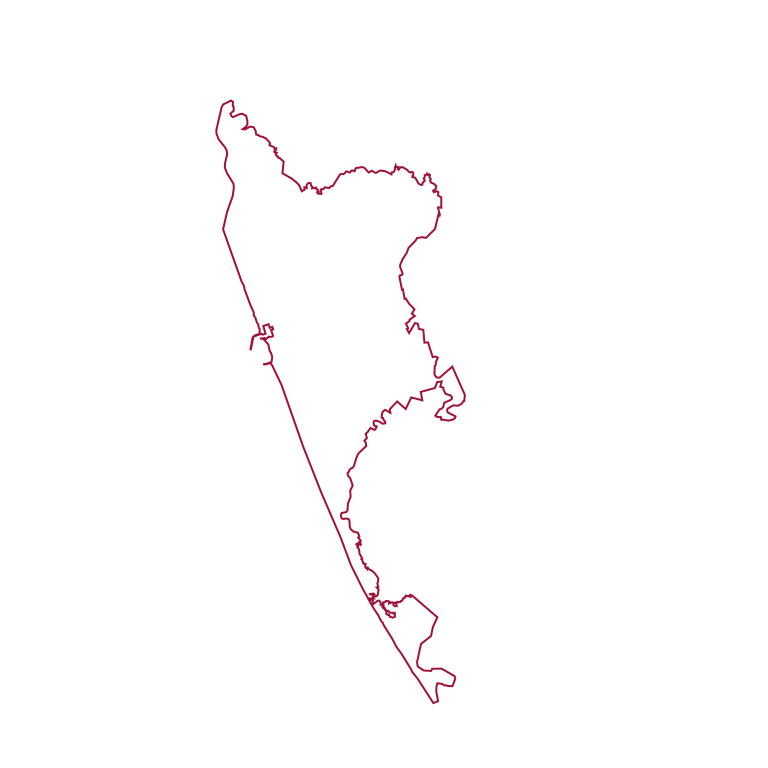 outline of Paraíso, Tabasco, Mexico, rotated 251°
{"feature_id": "50627088B65754879428970", "entity_name": "Paraíso", "entity_type": "district", "adm_level": 2, "iso_a3": "MEX", "parent_name": "Mexico", "parent_adm1": "Tabasco", "projection": "mercator", "projection_center": [-93.279, 18.362], "detail": "fine", "context": "isolated", "style": "outline", "palette": "rose", "viewbox_px": 768, "rotation_deg": 251, "n_neighbors": 0, "source": "geoboundaries", "source_scale": "gbopen_adm2", "svg_char_len": 6138}
<svg xmlns="http://www.w3.org/2000/svg" viewBox="0 0 768 768"><g transform="rotate(251 384 384)"><path d="M582.6,282.2L527.6,282.7L522.7,283.5L518.8,283.0L502.2,283.4L493.5,284.2L492.5,283.4L490.3,283.4L488.8,284.0L483.3,283.8L481.5,284.5L477.8,283.9L476.6,284.4L472.7,283.0L471.9,281.9L472.0,277.5L470.7,274.9L460.4,269.1L460.1,269.4L470.7,275.6L471.3,276.5L471.4,284.6L470.1,285.4L470.1,288.4L478.1,288.7L478.1,294.3L474.3,294.2L474.4,297.0L471.7,297.0L471.8,294.8L465.5,294.8L465.2,294.3L465.5,291.6L466.3,290.4L464.9,287.3L466.3,286.1L467.3,281.4L466.6,283.6L465.1,285.0L459.1,287.5L452.2,286.7L450.3,287.3L445.8,287.1L441.4,284.8L441.4,278.2L442.0,277.3L441.6,277.0L441.0,278.6L441.0,283.2L438.2,284.3L416.6,286.8L351.0,287.2L300.7,289.4L253.4,293.0L223.5,293.8L197.4,297.2L175.8,301.0L167.7,303.2L160.4,304.2L158.4,305.2L156.7,305.1L140.1,308.9L131.7,310.1L122.9,312.8L104.7,316.9L102.9,316.8L94.7,319.8L66.2,326.8L66.6,331.9L76.2,333.3L80.7,335.0L83.7,337.1L81.4,341.5L79.1,343.2L79.0,344.5L77.8,345.9L76.0,350.3L82.0,355.4L84.8,355.6L96.1,345.8L99.1,336.8L97.4,335.2L100.1,328.4L106.0,323.9L110.3,324.7L126.2,334.4L130.4,346.4L138.0,350.9L146.1,358.5L174.9,341.7L174.8,340.7L176.1,340.2L175.8,339.0L174.4,339.4L176.8,335.8L176.3,335.2L175.9,335.6L175.9,334.2L174.8,333.5L175.1,332.1L173.4,331.0L173.4,329.5L172.6,329.0L173.1,327.0L172.7,326.4L173.6,325.4L173.7,323.4L173.2,323.2L172.4,324.1L169.8,323.7L170.3,322.2L171.6,321.0L172.9,321.1L173.6,322.0L174.6,321.3L175.1,319.8L174.7,319.0L176.0,318.5L175.2,317.3L176.9,317.7L177.7,316.7L178.2,314.9L177.2,314.0L177.8,312.1L176.6,311.3L175.0,311.7L174.0,311.1L169.5,312.2L167.3,314.7L166.1,314.6L164.8,318.0L163.9,318.1L164.0,319.7L160.3,318.5L160.3,315.9L161.6,314.8L161.8,313.9L164.0,313.7L164.1,312.8L165.9,311.3L167.6,312.2L172.4,310.9L172.0,310.6L173.4,309.8L174.8,310.4L176.2,310.1L176.4,308.9L177.8,309.6L180.6,309.1L181.2,307.6L179.3,302.0L181.0,302.1L183.7,303.3L184.2,301.0L185.8,301.0L184.5,304.5L185.8,304.0L188.5,304.9L190.1,301.4L189.3,305.9L187.9,306.6L186.1,305.0L185.8,308.1L186.7,309.5L191.5,312.0L194.0,310.9L193.8,312.4L197.7,312.8L198.9,314.0L202.2,315.3L207.4,313.9L211.3,311.9L213.7,309.5L215.1,309.1L214.3,308.0L216.1,308.0L216.1,306.9L217.9,306.8L219.7,308.0L221.0,306.0L221.6,306.5L223.6,305.9L225.8,306.5L226.0,305.7L227.4,306.5L231.4,305.6L236.0,306.6L238.1,305.7L238.5,306.3L241.6,305.6L242.3,305.8L239.8,306.3L239.6,306.9L240.9,307.0L240.4,307.5L240.8,308.1L241.8,307.5L242.5,308.9L239.5,309.3L239.7,309.9L241.9,310.0L243.5,311.0L247.3,309.5L247.8,311.1L251.9,310.9L254.4,307.1L257.5,305.3L260.1,305.1L265.7,306.8L267.7,306.6L269.1,304.5L269.7,301.3L271.1,300.2L273.8,300.4L275.8,302.0L275.2,306.6L276.5,308.4L282.8,311.0L288.2,315.7L294.3,317.4L298.1,321.3L305.9,321.4L309.3,320.0L311.9,320.7L312.3,322.0L314.5,324.0L315.2,327.4L316.4,329.0L322.6,333.4L326.5,336.9L331.2,347.1L334.7,347.6L336.9,347.0L338.3,350.1L343.0,350.6L343.7,352.6L346.8,356.9L343.6,360.1L345.2,362.5L346.3,363.3L347.5,361.4L350.2,361.3L352.1,362.3L352.1,364.3L349.6,367.7L346.9,369.8L346.4,372.3L347.8,372.9L350.3,371.9L352.1,372.0L353.0,370.8L356.8,372.5L358.6,374.5L359.2,376.7L354.7,380.6L358.2,381.2L363.2,390.7L353.3,396.4L362.4,405.4L356.1,414.9L364.6,416.2L363.6,430.8L368.5,434.9L367.6,439.4L363.1,436.3L361.2,438.9L358.9,438.4L354.6,439.1L351.3,443.4L349.8,443.9L348.0,443.5L347.2,441.7L346.7,434.9L343.1,432.6L341.9,430.5L341.9,428.2L337.3,422.2L335.2,423.9L334.5,426.8L333.2,427.0L332.2,426.3L331.4,426.7L331.0,428.4L328.3,433.1L328.0,438.2L328.9,440.3L330.1,441.1L336.1,435.2L338.3,434.9L340.0,436.1L341.3,442.4L339.5,446.5L339.5,448.1L340.1,451.2L341.9,453.4L341.8,454.4L347.4,456.9L378.2,454.2L371.9,438.7L373.1,435.8L375.7,435.0L376.9,434.9L384.4,437.8L385.3,439.2L387.7,440.1L391.5,443.5L393.2,441.6L393.6,438.8L409.0,439.2L409.9,435.7L422.4,438.8L424.8,434.9L429.9,435.6L431.5,433.1L424.0,424.3L428.6,423.5L428.8,425.0L434.0,424.4L435.2,428.6L436.4,429.0L438.3,435.3L441.4,433.2L444.6,437.1L451.9,433.8L457.6,432.5L457.8,431.2L467.2,432.7L467.3,431.7L480.4,433.5L481.5,434.3L481.3,436.5L482.0,437.5L489.7,437.4L491.7,438.3L496.1,442.4L500.8,448.4L504.7,451.5L509.1,460.2L511.2,462.7L510.5,467.6L508.5,471.3L513.9,482.6L527.0,491.0L525.3,491.5L526.0,492.0L533.2,492.4L533.5,492.8L532.0,495.6L541.9,498.9L544.7,496.4L547.7,497.9L549.1,496.7L549.0,494.7L549.9,494.2L549.5,493.5L550.6,493.3L551.6,496.4L554.2,497.9L557.0,496.4L559.3,493.9L561.4,493.8L561.9,494.7L562.8,494.9L564.3,494.2L566.6,495.5L567.4,495.3L567.1,493.8L568.9,493.3L568.0,492.5L568.2,490.5L566.3,489.8L565.4,488.4L563.9,488.9L562.6,488.3L562.0,486.4L560.0,485.1L560.0,484.0L562.4,481.8L568.8,480.8L570.4,478.2L571.4,478.6L571.6,479.5L574.5,480.4L575.7,479.0L575.3,478.0L576.6,476.5L579.1,475.6L583.0,472.1L583.5,470.0L581.8,467.5L582.8,467.2L584.5,468.1L585.1,466.1L586.8,466.2L584.8,464.6L583.4,464.5L581.2,462.1L581.5,460.2L579.8,459.3L584.6,454.7L586.7,450.8L587.1,449.1L586.2,445.3L586.7,444.3L589.6,442.0L589.0,438.3L594.4,436.1L596.2,434.1L597.3,427.6L594.7,425.4L596.3,423.5L596.2,422.1L595.0,420.8L597.3,417.7L595.7,414.4L596.6,410.8L587.9,400.0L588.2,398.1L587.1,396.0L589.2,392.2L588.1,390.3L588.5,387.7L584.1,386.7L585.4,383.7L586.2,383.2L587.2,383.2L587.1,384.9L589.0,384.8L590.4,383.5L591.8,383.8L592.4,379.7L593.6,380.5L595.1,379.7L597.9,380.0L598.7,377.7L597.1,375.4L594.4,374.7L595.9,372.8L593.6,372.2L593.0,369.0L599.3,368.6L603.2,366.8L608.3,363.6L616.3,356.6L626.9,361.5L631.4,359.1L632.3,357.7L633.7,357.8L634.8,356.6L636.6,356.5L637.6,357.9L638.8,355.9L639.6,355.9L640.5,358.0L642.0,358.8L642.1,357.1L644.1,356.9L646.9,353.5L649.0,354.7L654.3,352.5L657.1,349.9L658.8,347.1L660.5,346.1L661.3,344.4L665.5,345.0L669.3,344.3L671.0,341.1L669.9,335.4L671.0,333.4L672.1,337.1L673.7,339.2L677.0,340.4L682.3,341.0L685.7,338.0L686.1,335.2L685.5,328.1L687.0,326.9L689.7,326.8L691.3,330.9L695.6,332.1L696.3,331.6L699.9,333.0L701.8,331.7L700.7,323.0L698.6,320.6L678.6,308.1L675.1,307.1L669.1,307.3L659.4,310.8L656.5,311.3L652.3,310.5L645.0,305.9L640.6,304.0L634.8,304.1L622.4,306.9L618.4,305.9L611.2,302.3L597.7,291.6L582.6,282.2Z" fill="none" stroke="#9f1239" stroke-width="2"/></g></svg>